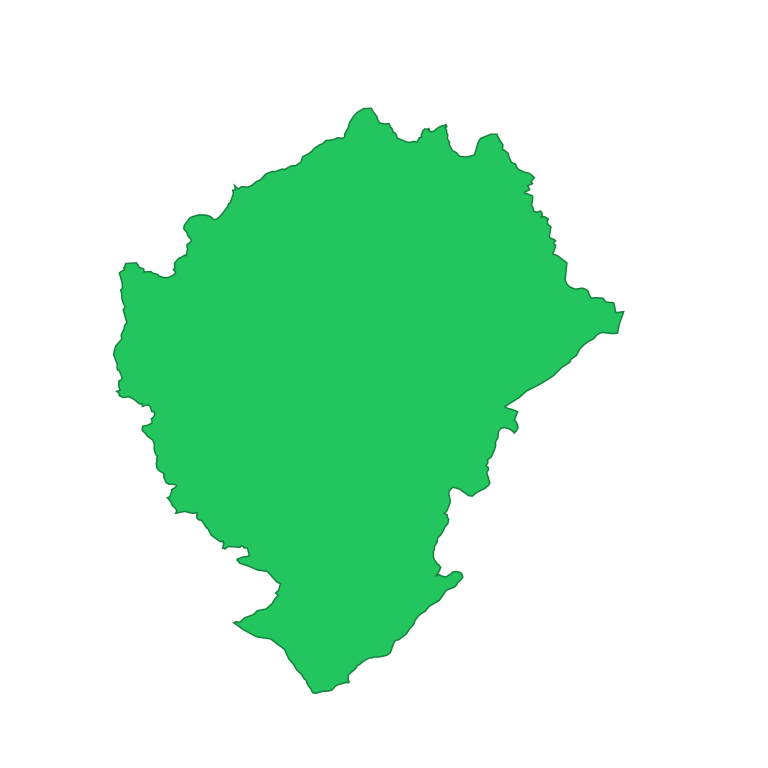 Baita, Hunedoara, Romania (Natural Earth projection), rotated 337°
{"feature_id": "2599482B49651116584259", "entity_name": "Baita", "entity_type": "district", "adm_level": 2, "iso_a3": "ROU", "parent_name": "Romania", "parent_adm1": "Hunedoara", "projection": "natural_earth1", "projection_center": [22.903, 46.027], "detail": "fine", "context": "isolated", "style": "filled", "palette": "green", "viewbox_px": 768, "rotation_deg": 337, "n_neighbors": 0, "source": "geoboundaries", "source_scale": "gbopen_adm2", "svg_char_len": 6159}
<svg xmlns="http://www.w3.org/2000/svg" viewBox="0 0 768 768"><g transform="rotate(337 384 384)"><path d="M633.0,411.0L625.8,409.2L625.5,407.9L627.1,400.0L626.8,398.7L620.8,395.6L619.8,394.0L619.2,390.7L612.4,387.2L608.2,386.0L607.8,381.4L608.2,378.4L606.5,375.5L604.0,373.2L597.2,371.5L592.8,367.1L591.4,363.4L591.4,359.0L599.7,343.9L593.6,333.3L590.2,330.4L596.3,323.5L595.1,321.5L595.4,320.5L597.9,319.2L596.8,317.1L594.7,315.5L593.7,313.1L599.1,304.4L597.4,301.7L597.4,300.4L597.7,298.4L598.7,296.7L599.4,296.8L599.6,295.8L596.8,292.4L593.8,291.8L595.8,290.2L596.3,287.7L595.4,285.8L591.4,285.6L590.9,284.7L589.5,284.0L590.0,279.5L589.7,277.0L593.4,271.4L594.2,268.9L590.1,264.7L588.9,264.4L588.3,262.4L593.9,262.1L594.1,261.0L593.6,257.7L599.0,257.5L598.7,254.9L603.0,252.9L601.5,249.2L599.8,246.6L595.7,243.7L591.4,238.6L590.7,235.8L591.1,233.1L587.9,229.9L587.8,223.0L588.5,220.6L586.2,215.9L584.6,214.9L586.9,210.1L585.8,204.9L585.4,198.1L580.2,195.9L568.7,195.6L565.2,198.3L556.8,208.5L548.7,207.4L542.7,204.0L541.8,202.7L541.2,199.4L538.2,195.9L537.5,189.5L539.0,186.5L538.5,186.2L538.2,182.9L540.2,179.2L539.7,178.0L540.9,174.2L540.3,171.8L542.3,171.8L542.5,170.6L542.0,169.7L543.1,169.2L540.6,169.7L538.1,169.0L533.4,169.3L528.1,170.9L526.8,170.2L526.2,170.6L525.6,170.3L524.3,167.9L525.0,167.8L525.0,166.3L523.4,166.4L521.1,165.1L518.0,166.5L517.6,167.7L515.8,168.9L515.0,171.5L512.8,171.1L509.1,174.2L506.1,172.3L502.5,171.8L499.8,170.5L492.2,162.7L492.8,159.4L492.1,157.1L490.8,155.6L491.2,151.7L490.3,149.6L490.4,146.3L486.2,144.9L482.0,142.0L481.5,137.7L481.9,134.7L480.4,129.3L480.1,125.3L473.1,122.6L466.0,123.4L461.0,125.4L455.1,129.4L450.8,134.4L445.6,138.4L444.4,140.9L443.4,141.7L441.7,141.6L437.8,139.3L431.8,139.1L425.7,137.2L421.2,138.8L417.6,138.8L411.8,139.8L408.6,141.5L404.5,142.6L397.8,143.0L394.4,147.2L388.9,148.3L387.6,148.4L383.7,147.0L375.9,147.7L375.1,146.7L373.0,146.2L366.8,146.0L364.9,144.9L358.7,144.4L356.4,144.8L350.1,147.8L345.7,147.8L339.2,149.7L335.0,149.4L330.1,146.7L326.1,147.6L324.0,143.1L323.8,145.0L322.9,146.6L322.1,147.2L320.4,146.5L319.8,149.9L313.3,157.0L311.5,157.4L309.3,159.6L301.3,164.3L296.0,166.5L293.4,166.9L291.0,165.6L290.3,163.0L288.3,160.7L285.1,158.4L279.8,156.0L272.7,155.1L269.9,155.4L262.0,160.0L260.3,163.1L261.8,167.7L261.3,170.6L262.8,175.6L262.7,176.8L260.3,178.1L257.6,178.5L256.5,179.6L256.1,182.5L252.2,188.5L251.0,187.5L246.3,188.3L244.3,188.0L238.5,190.8L237.1,194.4L237.2,196.4L235.0,196.0L234.8,196.5L235.8,199.9L233.2,201.5L227.4,201.8L223.0,200.2L219.0,196.5L218.4,194.6L214.3,191.5L213.5,189.5L206.8,187.1L207.8,184.2L204.4,181.3L203.5,175.8L193.3,172.2L191.0,174.9L189.6,175.6L190.3,176.5L190.0,177.7L187.8,177.5L183.8,178.3L182.4,189.2L180.5,193.9L178.2,194.5L178.0,197.9L176.0,203.5L175.6,207.3L176.0,212.0L173.0,213.7L172.8,214.5L171.3,227.0L168.0,229.0L166.7,231.2L161.3,236.1L160.0,240.3L152.2,244.0L149.4,247.0L146.6,251.3L146.2,261.6L144.6,264.7L144.4,266.3L144.4,267.4L145.4,267.9L145.6,268.7L145.3,276.1L143.2,277.7L141.5,277.4L140.8,278.4L138.9,282.7L138.7,286.6L135.0,286.3L136.3,288.8L136.4,290.9L135.8,291.0L136.3,292.1L138.6,294.4L142.0,295.6L143.5,295.4L145.2,297.2L147.6,300.1L151.3,306.9L153.5,307.2L152.8,310.3L157.2,310.5L159.5,311.9L160.0,314.2L159.4,318.3L161.5,320.3L161.0,322.7L158.3,324.6L156.2,325.1L155.9,327.8L154.8,329.4L150.3,329.6L145.5,328.6L143.6,331.1L143.8,333.7L145.0,336.0L145.8,339.4L149.2,345.4L149.3,347.4L149.0,349.8L146.8,354.4L146.4,358.9L147.0,362.1L145.4,364.5L145.0,366.3L143.3,368.1L142.1,373.2L143.4,376.4L146.5,380.5L144.9,383.6L144.9,389.7L146.8,392.0L152.9,395.3L153.4,396.4L152.2,397.5L148.8,398.0L148.7,398.4L147.1,398.1L146.6,399.8L144.0,402.9L142.0,404.3L140.2,404.0L141.9,410.2L141.5,412.2L143.8,418.6L143.4,420.1L141.7,421.6L150.8,423.4L157.2,428.3L161.8,429.5L159.8,432.8L159.5,434.3L160.3,436.5L162.9,438.5L164.4,447.1L164.9,447.0L165.4,448.2L165.9,455.7L171.5,464.9L173.1,465.8L174.7,465.7L174.0,467.8L174.3,468.1L171.3,472.1L173.4,473.8L176.7,472.6L187.7,478.0L188.6,477.4L190.4,477.8L191.1,478.6L191.1,480.4L194.3,481.3L193.0,489.4L189.6,489.2L186.7,488.2L180.6,487.9L179.9,488.5L181.4,492.8L189.7,500.2L195.0,506.0L202.8,510.5L203.7,511.7L207.7,523.8L210.6,527.5L206.6,532.6L202.5,534.2L204.2,537.0L199.5,539.2L195.2,542.5L187.6,545.0L178.9,543.2L173.6,545.3L164.7,544.8L158.0,546.9L154.6,545.0L152.5,545.1L158.8,555.5L166.5,565.2L168.6,567.4L179.9,574.2L188.7,589.4L189.0,600.3L191.1,606.4L192.1,613.6L194.6,618.9L195.3,624.2L196.6,626.4L196.2,630.8L197.7,637.1L197.4,638.1L198.0,640.6L200.8,642.2L207.8,643.0L212.4,644.8L216.6,645.4L220.9,643.3L223.7,642.8L232.3,643.9L234.5,645.0L235.6,644.6L235.3,642.6L237.4,637.9L246.5,634.9L249.4,632.8L252.0,632.7L256.8,631.1L263.2,630.4L265.8,631.4L267.9,631.3L272.8,633.4L280.6,634.8L284.8,633.8L292.8,625.3L294.6,624.6L297.8,625.2L306.8,622.8L312.4,619.1L317.3,617.0L320.0,614.0L324.3,611.3L328.4,609.9L333.0,609.3L338.7,606.3L350.4,604.8L360.1,598.6L361.4,598.2L369.6,598.5L372.3,597.4L373.8,595.9L377.7,594.5L381.1,592.6L381.4,588.7L379.9,586.6L376.6,584.6L373.5,583.8L372.8,584.6L365.7,585.9L362.4,583.7L360.4,581.1L357.1,580.9L358.2,579.6L360.1,579.3L364.6,574.8L363.7,572.7L363.9,571.7L362.5,570.2L362.5,568.2L361.6,565.3L362.0,562.5L363.8,557.8L365.9,555.7L366.9,553.4L371.0,550.4L373.3,546.5L376.9,545.3L381.3,542.3L383.9,539.6L388.3,537.4L390.6,534.0L390.3,531.0L391.0,529.2L389.0,526.8L392.5,525.3L398.7,518.8L399.8,515.8L400.7,510.2L402.4,507.8L407.0,505.9L409.4,507.7L412.8,510.7L418.4,519.9L421.5,521.7L426.7,520.1L436.2,519.5L440.4,518.2L442.7,516.7L444.0,505.6L446.5,503.9L447.3,501.6L446.0,499.0L448.7,497.2L450.1,494.0L454.1,493.2L459.9,487.8L462.8,484.4L463.4,482.1L464.9,480.1L467.8,478.0L470.9,472.3L474.6,470.4L478.0,471.3L481.7,474.1L484.0,477.8L484.7,480.0L487.4,478.9L490.3,476.7L491.0,471.3L489.9,468.2L496.2,461.7L492.4,457.8L488.1,454.6L486.6,451.9L502.8,449.4L512.4,446.2L528.4,445.0L543.2,442.6L554.3,438.1L563.5,436.6L565.7,434.3L572.3,432.9L577.8,428.4L583.1,426.1L589.2,424.6L594.1,424.4L599.5,421.9L602.9,421.5L605.6,422.1L614.0,426.9L618.8,428.4L624.3,420.4L633.0,411.0Z" fill="#22c55e" stroke="#15803d" stroke-width="1.5"/></g></svg>